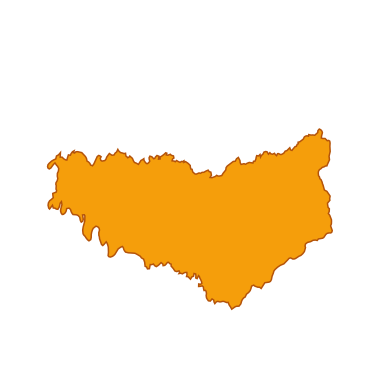 outline of Bonópolis, Goiás, Brazil, rotated 18°
{"feature_id": "56859067B5105293023793", "entity_name": "Bonópolis", "entity_type": "district", "adm_level": 2, "iso_a3": "BRA", "parent_name": "Brazil", "parent_adm1": "Goiás", "projection": "equal_earth", "projection_center": [-49.911, -13.542], "detail": "fine", "context": "isolated", "style": "filled", "palette": "amber", "viewbox_px": 384, "rotation_deg": 18, "n_neighbors": 0, "source": "geoboundaries", "source_scale": "gbopen_adm2", "svg_char_len": 6058}
<svg xmlns="http://www.w3.org/2000/svg" viewBox="0 0 384 384"><g transform="rotate(18 192 192)"><path d="M266.0,291.2L268.3,288.1L269.5,287.0L272.0,286.0L273.0,283.3L272.9,280.4L273.1,278.7L273.9,276.7L275.0,275.5L275.4,272.3L276.9,270.1L277.8,267.8L277.9,265.5L277.8,263.0L279.5,261.5L280.8,262.1L283.9,262.2L285.8,261.7L287.6,262.4L289.3,255.8L293.1,253.9L294.2,252.8L294.6,250.8L294.2,247.5L294.4,243.9L294.3,242.0L294.9,240.1L296.6,237.1L298.7,234.4L301.6,231.9L303.9,227.2L304.8,225.1L306.2,224.2L308.6,224.6L309.9,224.1L311.0,223.3L313.6,220.0L315.1,218.7L316.4,216.5L317.3,213.9L317.1,209.7L316.2,208.5L316.0,206.3L317.5,204.2L320.1,202.6L322.1,200.5L324.1,199.6L326.1,199.4L326.7,197.6L330.5,195.6L331.4,194.5L332.4,191.0L333.2,189.7L334.7,188.7L336.7,188.0L337.4,186.9L337.3,185.3L334.3,181.4L334.4,179.2L333.8,177.0L333.2,175.3L330.2,171.6L328.3,170.3L328.5,168.0L327.8,165.5L326.2,164.6L324.9,162.2L324.3,160.7L325.7,157.3L325.0,155.9L324.6,153.2L320.1,149.7L317.3,149.2L314.5,144.9L313.5,143.8L312.7,142.4L310.8,140.3L309.6,139.9L308.5,138.2L307.3,137.4L306.2,134.9L305.9,133.2L306.3,131.3L307.5,129.9L308.2,128.4L309.9,127.2L310.9,126.0L312.2,125.5L312.3,123.6L312.8,118.9L311.3,115.6L310.9,110.8L309.0,105.9L308.2,102.8L307.3,101.1L306.1,100.7L304.8,101.4L302.0,100.0L299.9,100.7L298.3,100.7L297.9,98.7L297.7,95.3L296.8,94.0L295.2,93.0L293.6,92.8L292.8,94.7L293.2,96.6L291.2,100.1L289.3,100.4L287.6,101.1L285.3,101.3L285.5,102.9L284.0,103.0L282.7,103.8L281.8,105.0L281.5,107.3L279.0,110.9L277.5,111.9L278.2,113.2L277.3,114.2L277.1,116.3L276.0,117.0L274.9,119.6L274.2,121.6L272.7,121.5L271.3,119.7L269.4,123.4L268.0,124.3L267.4,126.5L266.3,127.9L265.1,128.9L263.9,129.0L262.6,128.7L261.5,129.1L261.2,131.3L259.7,130.7L258.5,129.7L256.9,131.2L255.0,131.3L253.9,130.5L253.0,132.4L251.0,130.6L249.6,130.7L248.1,131.8L247.8,133.9L246.7,135.8L246.4,137.6L245.1,135.3L244.2,137.1L242.3,137.4L242.3,139.0L242.6,141.1L242.3,143.4L241.0,143.8L241.0,145.6L237.3,146.2L235.5,147.7L234.3,149.1L232.7,149.0L230.2,150.6L228.8,149.3L227.9,147.3L226.9,146.3L225.4,144.8L224.1,146.6L223.6,149.4L221.8,150.2L217.5,156.4L216.9,158.2L217.3,160.6L215.8,164.6L215.2,167.2L213.1,168.4L211.8,168.8L210.3,168.5L209.4,170.0L206.6,172.2L204.7,172.6L205.3,170.0L203.8,167.3L202.0,167.3L200.6,166.2L198.7,167.9L197.2,169.6L195.5,170.2L194.3,171.6L192.8,171.7L190.5,173.7L189.4,173.9L186.8,172.9L185.9,171.8L185.1,170.4L183.8,170.5L182.7,168.7L182.1,167.3L180.6,166.5L179.3,165.9L176.5,165.1L175.2,166.3L174.7,164.8L173.6,166.1L172.5,166.2L171.5,167.5L169.0,167.2L167.6,166.8L166.7,168.4L165.5,168.1L163.4,168.5L163.3,166.6L164.3,165.3L163.2,163.4L161.1,163.5L159.7,162.8L157.7,164.5L156.1,164.7L156.1,162.9L154.9,162.8L153.7,165.0L151.9,167.5L150.8,168.5L151.5,170.4L150.0,171.1L149.5,168.2L147.4,168.1L146.4,170.1L146.2,171.6L145.2,172.2L144.1,171.5L142.9,170.9L140.9,170.9L140.6,172.7L141.2,174.1L142.3,175.7L141.9,177.2L141.0,178.7L139.9,179.0L138.4,178.2L136.6,176.8L135.9,175.2L135.0,176.4L133.7,177.8L132.5,182.3L130.3,181.8L128.2,181.7L127.0,180.8L124.9,178.4L121.7,177.0L121.2,178.5L120.2,179.3L119.2,178.6L118.0,178.2L116.8,175.7L115.5,176.5L114.1,176.4L111.8,176.6L109.3,175.4L108.3,174.4L107.9,177.3L106.9,178.7L106.4,180.9L104.5,181.8L101.5,180.9L101.0,182.3L100.1,185.2L100.0,187.6L99.3,189.1L96.9,190.4L95.5,190.1L94.3,188.3L94.7,186.6L93.0,186.0L91.9,186.1L90.9,187.6L90.0,195.5L89.3,197.8L87.2,197.7L86.1,196.4L84.3,195.4L82.6,195.0L81.2,192.6L79.7,191.2L75.0,188.6L70.7,189.0L69.2,189.6L68.3,191.2L67.1,191.2L67.1,189.3L65.9,190.6L65.1,192.9L65.0,194.6L63.0,194.9L63.0,197.6L63.1,200.3L61.7,200.5L59.6,200.0L57.8,199.0L55.9,199.6L54.7,195.2L53.6,197.9L52.0,199.6L52.2,202.7L50.4,204.3L48.9,206.0L47.2,209.0L46.6,210.6L46.8,212.5L47.6,213.7L49.1,214.2L50.3,212.9L51.7,208.7L52.7,206.7L55.0,208.5L56.2,209.1L58.0,210.9L58.5,213.6L58.2,215.8L59.0,218.6L60.2,220.7L60.3,223.0L59.8,225.2L60.1,226.7L60.9,227.9L61.8,231.3L62.7,232.2L62.9,234.0L60.0,236.4L60.8,238.3L61.8,240.3L60.7,242.3L59.3,244.4L58.8,246.7L59.2,249.1L60.7,251.6L61.8,252.2L63.4,247.7L65.0,250.1L66.7,249.7L68.2,250.2L69.8,249.9L70.4,247.2L70.3,245.6L70.1,243.2L70.8,241.5L72.2,244.2L72.4,248.0L72.8,250.6L74.0,252.4L75.5,253.5L76.7,252.9L77.9,250.9L78.2,249.0L77.9,246.5L80.0,245.3L81.9,246.2L83.2,248.1L84.7,249.5L85.8,250.2L89.1,249.4L90.9,249.5L93.0,250.7L94.7,253.7L96.0,254.9L97.1,253.5L97.0,251.5L95.0,247.6L96.6,246.9L97.5,247.8L99.0,252.8L99.3,258.8L99.8,262.0L101.3,265.4L102.6,266.5L104.0,267.2L105.3,268.3L107.4,269.7L109.1,270.3L110.4,268.6L110.2,266.4L109.3,263.4L109.0,261.0L109.0,258.8L109.3,257.0L111.2,254.2L113.1,254.2L114.9,255.2L115.8,256.8L115.9,259.4L116.8,262.0L117.7,263.2L118.6,265.2L122.2,269.9L123.7,270.5L124.6,268.8L125.8,265.9L127.1,267.0L128.3,268.5L129.4,270.2L131.2,275.2L131.9,278.5L133.0,279.2L134.5,279.1L136.2,277.8L137.0,276.8L137.9,275.2L139.4,268.9L141.0,266.8L142.6,265.3L143.8,266.1L144.9,267.7L146.0,268.8L147.4,269.7L150.2,269.5L155.4,268.2L156.9,267.9L159.7,268.4L162.7,269.1L164.3,270.3L166.7,270.8L168.6,273.3L170.4,277.2L171.9,277.3L173.4,278.9L175.2,278.1L174.7,273.9L176.0,273.6L177.6,272.4L179.2,273.6L181.1,274.0L182.3,272.6L183.2,271.2L184.4,268.7L186.5,269.5L187.3,271.0L188.8,270.2L189.6,268.7L190.4,266.6L191.4,266.1L192.9,267.0L194.5,267.1L195.0,268.9L196.4,269.7L198.0,270.7L200.1,272.4L202.1,272.4L204.0,271.0L205.0,272.1L204.8,273.6L206.2,272.8L208.2,272.8L209.2,271.6L210.2,270.7L211.9,270.1L212.8,272.1L212.9,274.1L214.5,273.8L217.5,275.4L218.1,272.8L219.5,271.6L219.1,268.9L220.8,268.8L221.7,270.6L222.1,272.6L223.6,272.8L224.1,269.5L225.2,270.2L226.0,271.4L227.0,272.3L228.8,274.3L229.6,276.0L228.6,277.1L226.8,277.4L227.5,279.8L229.0,279.2L230.8,278.1L232.2,278.9L232.9,280.5L233.9,282.0L235.1,281.4L236.1,282.1L237.1,284.0L237.5,286.2L238.5,288.2L239.7,289.3L241.2,290.4L243.1,290.1L244.1,287.5L246.1,288.1L247.0,289.9L248.2,291.1L249.1,288.9L250.4,288.0L252.0,288.0L253.3,287.6L254.6,286.7L256.1,286.2L259.3,286.4L260.5,285.8L262.4,288.1L264.0,289.3L266.0,291.2Z" fill="#f59e0b" stroke="#b45309" stroke-width="1.5"/></g></svg>